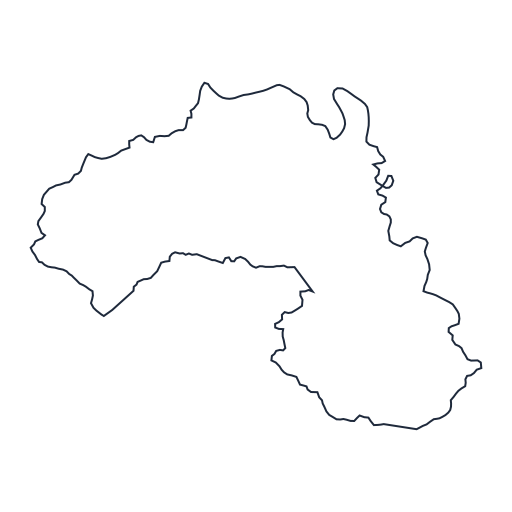 Porto União, Santa Catarina, Brazil
{"feature_id": "56859067B45353158898051", "entity_name": "Porto União", "entity_type": "district", "adm_level": 2, "iso_a3": "BRA", "parent_name": "Brazil", "parent_adm1": "Santa Catarina", "projection": "mercator", "projection_center": [-51.004, -26.394], "detail": "fine", "context": "isolated", "style": "outline", "palette": "slate", "viewbox_px": 512, "rotation_deg": 0, "n_neighbors": 0, "source": "geoboundaries", "source_scale": "gbopen_adm2", "svg_char_len": 5039}
<svg xmlns="http://www.w3.org/2000/svg" viewBox="0 0 512 512"><path d="M30.7,247.7L32.4,251.5L35.0,255.0L37.1,259.1L39.1,262.0L41.9,262.3L44.5,264.8L47.9,266.6L51.7,267.3L54.8,267.6L58.5,268.7L63.0,269.6L66.6,271.3L69.2,274.0L71.8,275.6L73.7,277.6L76.5,280.3L79.7,283.6L83.2,285.1L85.9,286.7L89.3,289.3L92.5,291.2L92.9,295.5L92.1,299.3L91.0,303.2L93.5,307.8L96.4,310.6L98.7,312.4L101.4,314.5L103.8,316.0L112.2,310.0L133.5,290.8L133.8,286.7L136.5,284.6L137.6,281.9L140.6,280.6L143.7,279.2L147.2,279.0L150.8,277.9L153.4,275.0L157.2,271.2L159.4,266.6L161.2,262.7L165.0,261.6L169.4,261.0L169.8,256.7L172.1,253.8L175.1,252.3L179.7,253.5L183.0,253.2L185.7,254.8L188.9,253.5L192.1,254.8L196.8,254.2L212.2,260.1L214.9,260.2L218.4,261.5L222.8,263.0L225.4,258.1L228.9,257.4L231.3,261.2L234.2,261.3L236.2,258.4L240.5,256.9L245.2,259.0L248.1,261.8L250.3,264.6L252.6,266.3L256.0,267.7L259.7,266.2L262.5,266.3L265.7,266.9L269.5,266.9L273.1,266.9L276.8,266.1L280.2,266.1L283.9,265.6L287.4,267.3L294.5,267.1L312.6,291.5L308.6,290.0L305.2,291.3L300.4,291.6L300.4,295.6L302.5,299.8L302.0,305.9L297.7,308.8L294.3,310.9L291.6,312.5L288.3,313.0L284.7,312.1L281.9,314.8L282.1,319.4L278.8,322.2L275.1,323.9L275.2,327.5L278.8,328.9L283.2,329.1L282.6,332.5L282.7,336.5L283.7,340.1L284.4,343.7L285.3,348.1L283.1,350.4L279.9,349.9L276.2,350.9L274.4,354.0L271.9,355.9L271.4,360.4L275.8,362.5L279.5,366.3L281.6,369.7L284.0,372.3L287.2,374.4L291.7,375.4L296.4,376.9L298.5,381.3L300.0,384.6L303.8,385.6L306.5,386.4L307.6,389.5L311.0,392.0L317.4,392.2L319.2,397.3L322.0,400.3L322.7,403.5L324.3,406.7L326.4,411.4L329.2,414.9L332.6,416.9L336.5,419.3L340.3,419.5L343.4,419.0L346.5,419.7L350.5,420.9L354.2,421.0L357.0,418.0L359.6,415.5L364.3,417.2L368.4,417.6L370.7,421.1L373.9,425.1L378.1,424.9L380.9,424.6L383.7,424.1L401.1,426.8L416.6,429.2L419.1,427.9L422.8,425.9L426.6,424.4L430.0,421.8L433.8,419.2L436.9,418.8L439.5,418.3L442.3,416.9L445.4,415.1L448.3,412.6L450.2,410.0L451.0,406.7L451.1,403.5L450.8,400.2L453.6,396.9L456.1,393.5L458.4,390.8L461.5,388.4L465.2,386.2L465.7,382.8L465.4,379.3L467.1,375.9L470.7,375.3L473.9,373.1L476.7,369.7L481.3,368.1L480.8,362.5L477.6,360.4L474.5,360.5L471.1,360.6L467.5,359.2L465.4,355.3L463.1,351.8L461.5,348.1L459.0,346.1L455.4,344.5L452.3,339.9L452.7,335.4L448.6,331.9L448.8,328.1L451.5,326.3L454.9,325.2L458.6,323.8L459.4,318.7L458.8,313.9L457.5,311.3L455.6,308.4L452.8,304.4L449.2,302.1L445.8,300.4L441.7,298.3L439.2,297.0L436.2,295.4L433.0,294.2L430.0,293.3L427.2,292.6L423.5,291.2L424.5,285.9L426.2,282.1L427.2,279.0L427.8,274.8L429.7,270.0L429.1,264.3L427.4,259.1L425.6,255.3L424.8,251.5L425.9,247.9L427.7,243.0L425.8,239.6L422.1,238.3L416.9,236.8L412.7,238.4L409.6,241.4L405.2,242.9L400.8,246.3L397.1,245.0L393.1,243.2L389.7,240.4L389.3,236.3L388.3,230.9L389.7,226.0L390.8,222.6L390.8,219.4L389.4,216.4L386.7,214.5L384.0,214.0L381.3,212.3L380.0,209.0L381.3,204.7L385.3,202.1L385.9,197.6L382.5,195.6L378.3,194.4L376.9,190.7L380.3,188.4L382.5,185.9L376.6,182.2L375.3,177.9L378.5,174.5L379.2,169.7L376.0,166.7L373.3,164.5L377.5,163.4L381.6,163.1L385.1,161.0L383.2,156.8L380.3,154.5L378.2,151.1L377.1,147.1L373.7,146.2L369.4,144.7L366.4,141.6L366.5,137.2L367.5,132.7L368.7,125.6L368.8,121.1L368.7,117.3L368.4,113.7L367.9,110.3L367.2,107.1L364.9,103.9L361.0,100.6L358.3,98.8L354.6,96.4L351.9,94.4L347.3,91.1L342.6,88.5L337.4,88.2L334.3,90.5L333.2,94.4L334.0,99.0L335.6,101.6L337.2,104.2L339.1,107.1L341.0,110.6L342.5,113.5L343.5,116.4L344.7,120.1L345.1,124.1L344.1,128.2L342.3,131.5L340.1,134.6L336.6,137.8L333.5,139.2L330.4,137.5L329.2,133.6L327.7,129.7L325.3,126.1L322.1,124.8L318.4,124.3L314.8,124.1L312.0,122.7L309.9,120.2L307.9,116.9L307.3,113.5L308.2,110.1L307.7,105.5L306.6,102.1L304.3,99.0L300.6,96.2L297.2,94.5L293.3,92.3L289.7,89.2L283.7,86.4L279.6,84.9L276.8,85.2L273.6,86.6L269.9,88.2L267.0,89.5L263.2,90.8L259.2,91.8L255.7,92.6L251.9,93.6L248.2,94.4L243.6,95.0L238.7,96.6L234.9,98.0L232.2,98.5L229.3,98.8L226.1,98.5L222.6,97.7L218.8,95.6L216.3,93.4L213.5,90.8L210.3,87.5L208.1,84.0L204.4,82.8L201.8,86.6L200.2,90.8L199.6,95.0L198.9,99.5L198.0,103.2L195.8,105.9L193.8,108.5L190.6,110.7L191.4,113.8L191.4,117.5L187.7,117.9L187.0,121.2L186.3,124.8L185.6,127.8L183.1,130.1L178.7,130.1L175.3,131.2L171.6,133.3L168.7,135.8L164.6,136.2L159.8,135.9L154.9,136.9L153.2,142.2L149.8,141.7L146.4,139.9L144.0,137.2L141.3,135.4L138.6,135.9L136.1,137.2L133.2,139.9L129.2,141.0L129.2,144.4L129.5,147.6L125.6,149.0L121.2,150.6L118.0,153.1L115.2,154.8L110.3,156.9L106.1,158.2L101.7,158.8L98.0,158.0L94.8,157.1L91.9,155.7L88.3,154.1L86.0,157.2L83.4,163.5L81.8,167.5L80.9,170.9L78.2,173.6L74.5,174.8L71.4,179.9L68.9,182.2L65.2,182.7L60.4,184.5L56.1,185.4L52.8,187.1L49.2,188.7L46.6,191.7L43.9,194.8L42.2,199.1L41.6,204.0L44.8,207.0L44.8,211.0L43.5,213.9L41.0,217.5L38.4,221.1L37.8,224.4L39.7,228.3L41.5,232.9L45.0,235.3L42.3,238.3L38.4,239.9L35.3,241.4L34.0,244.4L30.7,247.7ZM382.5,185.9L386.0,187.9L389.1,187.6L391.7,185.3L393.3,180.8L391.4,176.0L388.2,175.8L386.3,180.7L382.5,185.9Z" fill="none" stroke="#1e293b" stroke-width="2"/></svg>